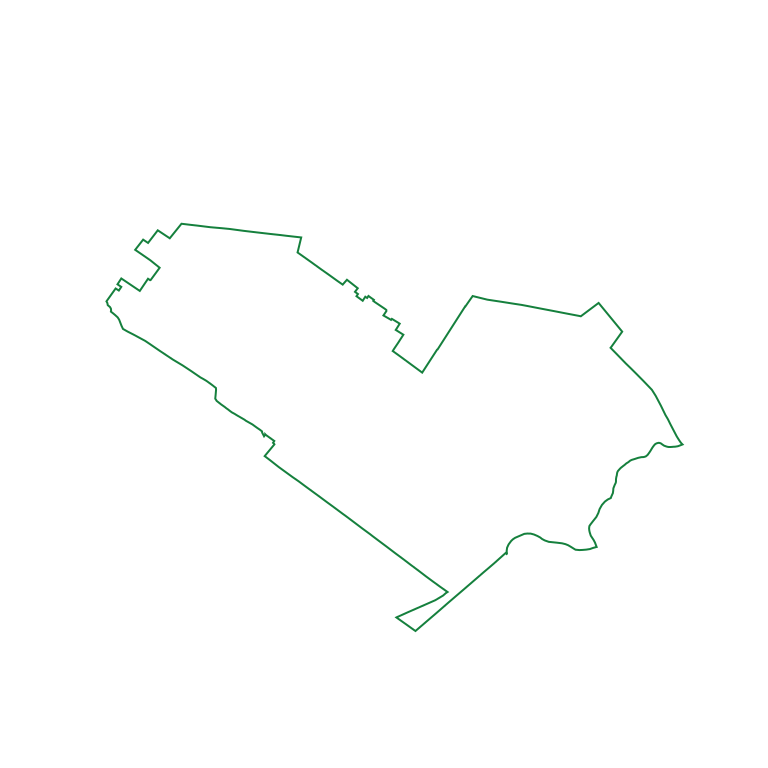 the district of San Antonio la Isla, México, Mexico, rotated 34°
{"feature_id": "50627088B34569290004520", "entity_name": "San Antonio la Isla", "entity_type": "district", "adm_level": 2, "iso_a3": "MEX", "parent_name": "Mexico", "parent_adm1": "México", "projection": "mercator", "projection_center": [-99.55, 19.169], "detail": "fine", "context": "isolated", "style": "outline", "palette": "green", "viewbox_px": 768, "rotation_deg": 34, "n_neighbors": 0, "source": "geoboundaries", "source_scale": "gbopen_adm2", "svg_char_len": 4149}
<svg xmlns="http://www.w3.org/2000/svg" viewBox="0 0 768 768"><g transform="rotate(34 384 384)"><path d="M651.4,400.2L649.7,399.0L647.6,397.5L645.0,396.1L640.2,394.1L637.2,391.7L635.9,390.4L634.7,388.9L633.7,386.9L633.7,384.9L634.0,380.3L634.4,375.5L633.8,371.0L632.7,367.2L632.3,362.4L632.9,357.9L634.1,354.6L635.8,351.7L635.4,350.2L634.9,347.4L634.8,346.6L633.8,344.5L632.5,342.2L631.7,338.7L631.4,336.5L631.0,335.4L629.5,333.1L628.5,330.9L628.2,329.8L627.5,328.4L626.8,326.8L626.6,325.3L626.8,323.8L627.0,322.2L627.3,320.8L627.8,319.3L628.2,318.0L628.7,316.6L629.3,314.3L630.3,312.1L630.9,310.0L631.8,308.4L633.6,306.2L636.0,303.1L638.2,300.8L640.2,299.3L641.5,297.7L642.2,295.4L642.3,292.2L642.3,290.7L642.1,286.9L642.1,285.9L642.2,283.8L642.5,282.0L643.3,280.6L644.1,279.7L644.7,279.1L645.4,278.8L646.3,278.5L647.2,278.4L648.2,278.5L650.7,278.5L652.7,278.0L654.0,277.6L655.5,276.9L656.6,276.1L658.0,275.1L658.5,274.6L660.5,273.1L662.5,271.2L665.3,267.2L663.8,266.9L662.5,266.5L660.2,265.6L656.1,263.8L643.9,257.2L639.2,254.5L634.6,252.3L625.8,247.2L615.9,241.9L609.3,239.0L597.3,236.4L587.3,234.4L580.0,233.0L572.7,231.7L562.3,229.5L551.6,227.3L551.7,226.2L552.2,207.4L517.3,197.0L516.6,196.8L509.3,217.8L507.8,218.4L495.7,223.6L483.7,228.7L471.6,233.9L459.6,239.0L453.6,241.6L447.3,244.6L441.1,247.5L434.9,250.4L422.5,256.3L415.4,258.9L408.3,261.5L408.3,262.4L408.2,267.4L408.1,274.3L407.9,274.3L409.1,325.4L408.8,325.8L409.3,353.2L394.8,352.6L387.5,352.3L380.3,352.0L372.8,351.8L372.7,349.3L372.7,346.5L372.7,343.8L372.7,341.5L372.6,337.5L372.6,336.5L372.5,332.3L363.5,332.6L363.5,331.5L363.3,325.2L360.4,325.3L358.5,325.4L356.0,325.5L354.1,325.6L354.0,326.9L353.6,326.9L345.2,327.5L345.2,322.7L345.2,322.2L344.5,321.3L342.3,321.2L340.3,321.2L336.2,321.2L333.5,321.2L330.4,321.2L328.6,321.1L328.6,319.9L324.1,319.8L321.9,319.7L321.9,322.1L321.5,322.1L319.7,322.1L319.8,326.9L312.1,326.6L312.1,324.0L308.4,323.8L308.7,319.3L295.0,318.3L294.3,323.6L294.2,324.7L293.8,324.7L287.7,324.6L278.1,324.3L268.4,324.1L258.9,323.8L256.4,323.7L252.0,323.6L238.8,323.3L233.4,308.8L220.4,315.6L214.9,318.4L205.8,323.2L195.2,328.7L189.0,331.9L182.2,335.4L169.3,341.8L162.3,345.6L152.4,351.1L140.8,357.0L134.1,360.5L126.5,364.4L124.9,383.0L110.5,383.1L109.5,399.0L103.6,399.0L102.7,411.9L121.2,412.1L133.0,413.1L132.4,428.3L132.1,428.7L129.5,428.7L129.5,443.4L125.2,443.4L116.4,443.4L107.2,443.4L107.3,450.4L111.9,450.4L111.9,454.8L108.1,454.9L107.7,470.7L109.3,471.5L110.9,473.1L113.7,473.4L115.4,474.2L116.5,475.4L117.1,476.7L119.8,476.9L122.7,477.2L126.0,477.7L128.5,478.8L133.8,482.5L136.8,484.3L142.2,483.9L148.7,483.1L160.9,481.9L162.0,481.8L167.3,481.8L180.1,481.9L195.4,481.8L206.6,481.2L216.9,481.1L228.0,481.2L231.4,480.9L234.9,480.7L241.5,480.9L246.9,481.3L248.0,482.7L250.4,487.0L252.3,490.5L254.8,491.6L260.3,492.0L264.8,492.1L267.1,492.3L268.7,492.3L271.3,492.5L273.8,492.6L276.7,492.3L279.5,492.2L288.3,491.6L290.1,491.7L292.5,491.5L295.0,491.3L297.6,491.1L300.2,491.2L303.3,491.3L306.7,491.3L309.4,491.5L310.1,492.4L313.8,494.4L313.9,492.4L313.7,492.1L314.7,492.3L324.9,492.6L324.9,494.8L325.8,494.9L326.5,495.1L326.9,495.3L325.4,510.5L332.3,510.9L343.2,511.7L357.3,512.2L360.0,512.3L367.7,512.4L376.3,512.8L386.9,513.2L394.7,513.5L403.4,513.9L406.3,514.0L409.0,514.1L420.3,514.6L422.3,514.7L425.7,514.8L437.4,515.4L446.8,515.9L456.7,516.3L459.4,516.5L467.2,516.9L477.6,517.4L488.1,518.0L497.1,518.4L507.5,519.0L517.9,519.5L526.2,520.0L535.4,520.4L543.8,520.7L553.0,520.9L552.2,522.8L551.3,526.3L547.4,534.6L541.1,544.6L535.9,552.8L531.1,560.4L524.9,570.4L524.8,570.6L533.0,570.8L541.1,571.0L548.2,571.2L552.4,555.9L555.6,544.3L559.7,528.9L561.9,520.9L564.8,510.4L569.4,493.5L571.8,484.6L575.4,471.7L579.4,455.9L580.7,456.3L580.8,455.9L579.1,453.9L577.6,450.9L577.0,447.3L577.2,443.0L577.7,440.7L578.7,438.2L584.1,429.8L586.5,427.8L589.3,426.0L592.5,424.9L596.2,424.2L599.4,423.9L601.6,424.1L604.7,423.8L608.9,422.7L616.0,418.9L620.7,416.5L624.0,415.3L626.8,414.7L629.9,414.5L632.9,414.4L635.4,414.3L638.9,412.4L641.7,410.3L644.3,408.2L647.0,405.7L648.9,403.1L651.2,400.4L651.4,400.2Z" fill="none" stroke="#15803d" stroke-width="2"/></g></svg>